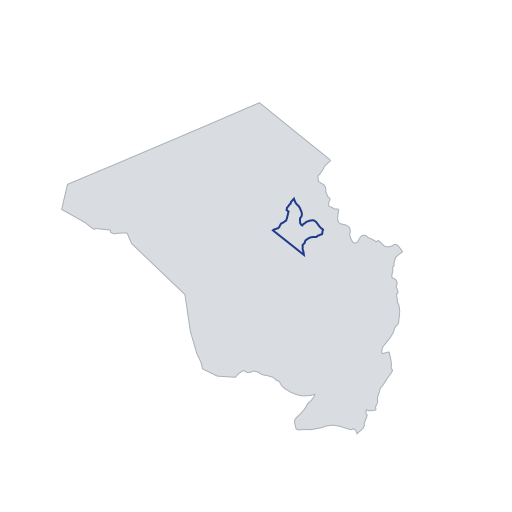 Biltine, Wadi Fira, Chad (highlighted), rotated 309°
{"feature_id": "50815135B98948114650625", "entity_name": "Biltine", "entity_type": "district", "adm_level": 2, "iso_a3": "TCD", "parent_name": "Chad", "parent_adm1": "Wadi Fira", "projection": "mercator", "projection_center": [20.967, 14.969], "detail": "fine", "context": "in_parent", "style": "outline", "palette": "blue", "viewbox_px": 512, "rotation_deg": 309, "n_neighbors": 0, "source": "geoboundaries", "source_scale": "gbopen_adm2", "svg_char_len": 4897}
<svg xmlns="http://www.w3.org/2000/svg" viewBox="0 0 512 512"><g transform="rotate(309 256 256)"><path d="M377.3,162.2L377.3,173.1L377.3,183.9L377.3,194.8L377.3,205.6L377.3,216.3L377.3,227.1L377.4,237.8L377.4,248.5L377.4,252.1L377.1,253.5L376.9,253.7L376.5,253.9L371.0,252.9L368.6,252.9L365.3,253.6L360.3,254.0L357.1,253.9L354.9,255.8L353.2,258.0L354.0,263.3L353.8,265.0L353.1,266.8L351.6,268.4L350.2,269.6L349.3,270.7L348.1,273.1L347.3,274.2L347.4,275.7L347.1,277.3L346.2,278.1L343.9,278.7L342.4,279.4L341.3,280.6L340.5,281.4L340.9,282.5L341.5,284.0L341.8,286.4L342.0,287.7L343.2,288.9L343.8,289.7L344.1,290.7L343.4,291.5L340.6,293.2L339.5,293.8L338.2,294.7L337.7,295.0L335.7,296.6L334.6,298.1L334.1,299.3L334.1,300.9L335.2,303.4L336.3,305.5L336.8,307.0L337.0,308.8L336.9,310.4L336.3,311.8L335.3,313.1L331.4,315.5L329.5,318.2L328.0,321.4L327.6,323.1L328.1,324.3L328.9,325.3L330.0,325.8L331.7,326.0L334.5,325.4L337.0,325.1L339.8,326.2L341.2,328.9L340.7,330.9L341.7,334.4L342.6,338.8L342.6,340.2L343.0,340.7L344.7,341.0L345.1,342.0L344.5,349.6L345.3,351.7L346.4,353.2L347.7,354.0L349.0,355.0L349.7,355.7L351.2,355.8L352.9,357.2L353.4,359.0L353.3,360.8L352.3,364.6L351.5,367.2L350.5,367.0L348.5,366.4L346.0,365.8L343.0,365.4L340.2,366.4L337.1,367.8L336.1,368.8L335.3,369.4L333.9,369.3L332.7,369.5L332.0,370.4L330.9,371.5L326.4,373.7L325.5,374.5L324.9,375.3L324.9,376.1L325.4,377.9L325.4,380.2L324.4,382.0L323.2,383.2L321.9,383.6L320.8,383.9L320.1,384.6L317.8,388.7L316.7,389.5L314.7,389.3L308.8,395.4L308.3,397.2L306.1,399.8L303.4,402.6L301.0,404.0L300.8,404.5L300.1,405.1L298.6,405.7L293.5,409.1L287.3,409.0L284.5,410.3L281.8,411.0L277.9,411.6L276.8,411.6L271.8,411.8L265.9,411.7L263.7,412.2L261.5,413.5L260.0,414.7L259.7,415.1L260.0,415.5L259.9,415.9L264.0,418.7L265.1,420.1L264.0,421.5L263.5,421.7L262.8,422.8L260.4,426.0L256.7,429.7L254.9,430.8L254.1,431.5L253.1,434.0L252.5,434.3L250.0,434.7L245.0,434.9L238.1,435.7L234.0,436.0L231.4,435.8L227.8,437.5L226.5,437.9L225.7,438.1L222.2,439.7L219.2,442.3L218.1,442.8L213.9,443.9L212.3,445.7L211.5,445.8L208.8,443.5L207.0,441.4L206.1,439.2L206.0,438.5L205.5,438.7L204.0,439.6L202.7,440.7L202.2,442.8L197.8,444.2L194.1,445.3L192.5,446.9L189.9,447.6L186.5,447.3L184.0,446.7L181.4,446.5L182.7,444.6L183.1,443.2L183.2,441.5L183.1,440.3L181.5,439.8L180.6,438.8L178.4,433.4L176.2,427.9L173.1,422.4L169.6,418.9L167.2,416.8L166.4,416.5L165.1,415.9L164.2,415.2L159.7,411.5L155.0,407.4L153.8,405.5L151.4,402.6L148.8,399.7L147.5,398.4L146.8,396.0L148.6,393.8L150.6,391.0L153.0,389.2L156.0,389.1L161.1,389.8L166.6,390.1L172.0,389.5L173.4,389.1L174.8,389.2L177.8,389.8L182.8,389.7L185.5,388.6L182.6,386.7L179.6,383.7L176.7,380.4L175.0,377.4L173.4,373.6L172.0,368.8L171.1,362.6L171.2,359.1L171.7,356.7L173.2,352.6L172.2,350.2L172.4,348.3L172.3,345.4L171.8,344.0L169.8,339.2L169.4,338.7L167.6,335.4L166.9,330.0L164.9,326.3L161.7,324.6L159.9,322.4L159.2,318.7L158.0,317.7L153.0,316.4L148.8,316.3L145.8,312.1L141.9,306.6L138.3,301.5L136.0,291.3L134.6,285.5L136.1,283.7L139.1,279.5L142.9,271.5L151.5,259.1L155.8,252.8L164.5,243.3L175.3,231.6L181.3,225.0L182.3,212.9L183.3,200.1L184.1,190.4L185.1,178.9L185.9,169.3L186.5,162.2L187.3,152.2L188.0,150.3L192.2,142.4L192.6,141.4L191.8,140.0L185.8,133.3L183.9,131.8L182.8,128.4L184.4,126.4L177.2,115.1L175.4,113.7L174.6,112.3L174.5,110.3L174.4,102.4L172.4,90.1L169.9,75.7L178.4,71.5L184.8,68.4L193.1,64.4L200.7,68.5L211.7,74.4L222.8,80.3L233.8,86.3L244.8,92.2L255.9,98.0L266.9,103.9L278.0,109.8L289.0,115.6L300.0,121.5L311.1,127.3L322.1,133.2L333.1,139.0L344.2,144.8L355.2,150.6L366.3,156.4L377.3,162.2Z" fill="#d9dde1" stroke="#a8b0b8" stroke-width="1"/><path d="M287.0,292.5L288.7,290.7L289.1,290.2L289.9,289.1L290.4,288.3L291.2,287.4L292.2,286.8L293.8,285.3L296.8,285.6L297.9,285.0L299.6,284.7L300.8,285.1L302.1,285.5L303.3,285.8L305.1,286.9L306.9,288.6L307.8,289.8L308.7,290.9L309.4,291.1L310.6,291.2L311.0,291.4L311.2,291.5L311.9,292.2L312.8,292.5L313.2,292.6L313.4,292.8L314.5,293.6L315.9,292.9L317.4,291.9L318.7,291.5L318.6,288.6L318.9,286.7L319.6,284.0L320.3,281.3L320.2,279.5L320.0,278.5L319.4,277.4L318.7,276.9L317.6,275.8L316.0,274.7L314.2,273.7L312.2,273.3L310.5,272.7L308.8,272.7L308.8,271.3L309.3,269.8L310.0,269.0L311.1,268.0L313.0,266.5L314.5,266.5L316.1,266.2L317.1,265.5L317.9,264.9L318.8,263.7L319.8,261.9L320.9,259.9L321.6,257.9L321.7,257.1L321.7,256.5L321.7,255.7L322.2,253.5L322.9,252.0L323.5,250.9L324.4,249.4L321.7,249.3L319.8,249.2L319.0,249.6L318.4,250.0L318.1,249.9L316.8,249.6L315.3,249.8L313.0,249.7L312.7,249.9L310.9,250.9L310.9,251.0L311.0,252.1L311.0,253.3L308.9,254.3L308.3,254.6L307.3,255.1L305.1,256.1L304.8,256.3L302.4,257.1L301.5,256.7L301.4,256.7L301.0,256.6L300.4,256.5L299.3,256.1L298.4,255.8L298.2,255.7L297.9,255.5L297.0,255.1L294.9,255.4L293.0,255.9L291.4,255.6L287.8,253.3L286.6,253.0L286.6,254.9L286.9,281.9L287.0,292.5Z" fill="none" stroke="#1e3a8a" stroke-width="2"/></g></svg>